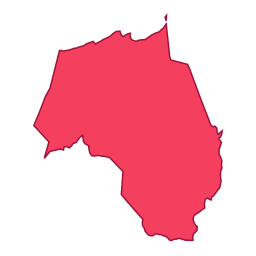 Massapê, Ceará, Brazil
{"feature_id": "56859067B42354629826909", "entity_name": "Massapê", "entity_type": "district", "adm_level": 2, "iso_a3": "BRA", "parent_name": "Brazil", "parent_adm1": "Ceará", "projection": "equal_earth", "projection_center": [-40.377, -3.486], "detail": "fine", "context": "isolated", "style": "filled", "palette": "rose", "viewbox_px": 256, "rotation_deg": 0, "n_neighbors": 0, "source": "geoboundaries", "source_scale": "gbopen_adm2", "svg_char_len": 2038}
<svg xmlns="http://www.w3.org/2000/svg" viewBox="0 0 256 256"><path d="M56.3,150.0L58.7,149.3L61.2,149.3L63.5,150.0L64.1,146.9L66.9,146.6L69.2,147.9L71.3,146.1L73.1,143.6L76.2,142.4L77.8,140.1L79.9,137.4L82.6,135.3L83.5,141.5L84.9,143.7L88.7,145.7L88.9,148.9L89.8,152.9L91.9,155.8L94.6,156.0L98.6,155.4L101.0,156.0L103.2,156.3L105.5,156.5L108.0,157.1L109.7,157.7L111.7,159.7L123.0,171.5L122.3,181.2L121.7,189.4L121.3,194.4L127.8,202.2L142.9,219.5L142.3,222.5L142.6,225.6L144.4,228.5L145.2,231.3L147.1,233.7L149.0,235.2L150.9,235.8L153.0,235.7L154.6,234.4L156.7,233.7L159.2,234.6L161.8,234.8L163.5,235.8L165.5,236.3L167.4,237.5L169.4,240.0L171.9,240.6L173.5,239.2L176.3,239.2L178.8,238.2L182.0,239.1L185.3,240.2L191.2,240.4L193.0,240.4L192.7,236.7L193.8,233.6L195.7,231.9L197.1,230.1L197.2,226.5L195.2,224.9L194.0,222.4L193.0,219.1L194.0,215.6L197.2,213.3L199.7,211.8L201.7,209.9L204.7,208.0L204.5,203.4L205.2,199.5L207.6,198.0L209.5,199.5L211.3,199.9L211.5,197.4L213.9,195.5L216.4,191.9L218.0,189.8L219.7,187.8L220.5,184.2L221.1,181.1L220.6,177.8L220.5,173.6L220.8,170.7L222.0,168.1L221.4,165.1L221.9,160.7L220.7,157.4L219.0,153.8L219.1,149.4L220.0,147.1L220.7,144.9L221.4,142.3L218.5,138.4L220.5,137.0L221.6,134.4L222.2,130.8L220.2,132.5L218.2,134.4L217.1,132.0L216.8,128.1L214.7,126.1L213.0,126.8L210.9,125.1L201.5,101.1L196.6,87.8L189.3,68.1L187.6,64.4L170.8,60.0L169.7,56.6L166.2,24.0L163.4,27.9L161.0,30.0L159.0,32.0L156.4,32.7L152.5,34.5L149.8,36.4L147.2,38.1L145.2,39.5L142.7,39.7L138.9,40.2L136.0,41.3L133.8,40.6L131.7,39.8L130.0,36.5L130.5,33.3L128.0,33.7L125.3,35.1L123.3,36.5L121.4,35.1L119.9,31.1L116.2,31.5L113.1,33.5L110.6,35.9L108.2,37.3L105.3,38.6L102.9,39.7L100.2,41.5L97.2,42.9L95.5,44.1L93.1,41.4L89.5,42.7L86.6,43.8L83.8,45.7L79.0,47.0L75.9,48.2L74.1,48.3L71.7,49.2L69.1,50.0L66.2,50.5L63.2,51.1L61.4,50.5L59.5,50.5L50.0,88.2L45.5,96.3L39.2,112.8L33.8,125.5L46.6,139.4L48.9,141.9L44.3,158.3L50.0,151.4L56.3,150.0ZM166.5,15.4L165.0,17.3L166.2,20.8L166.5,15.4Z" fill="#f43f5e" stroke="#9f1239" stroke-width="1.5"/></svg>